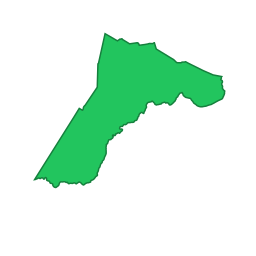 the district of Mangulile, Olancho, Honduras, rotated 210°
{"feature_id": "27666195B89076502999157", "entity_name": "Mangulile", "entity_type": "district", "adm_level": 2, "iso_a3": "HND", "parent_name": "Honduras", "parent_adm1": "Olancho", "projection": "albers", "projection_center": [-86.874, 15.136], "detail": "fine", "context": "isolated", "style": "filled", "palette": "green", "viewbox_px": 256, "rotation_deg": 210, "n_neighbors": 0, "source": "geoboundaries", "source_scale": "gbopen_adm2", "svg_char_len": 5765}
<svg xmlns="http://www.w3.org/2000/svg" viewBox="0 0 256 256"><g transform="rotate(210 128 128)"><path d="M62.7,208.4L64.3,208.7L66.1,209.6L66.7,210.9L66.9,211.3L67.3,211.7L68.1,212.1L69.0,213.2L69.0,213.3L69.1,213.7L69.1,214.8L69.2,215.1L69.3,215.3L69.7,215.7L70.2,216.1L71.7,216.2L71.8,216.3L72.0,216.6L72.0,217.3L72.1,217.9L72.2,218.1L72.7,218.8L72.6,219.4L80.9,216.5L91.7,215.3L105.8,214.4L109.6,214.2L111.2,214.2L111.9,213.5L112.5,213.1L113.0,212.8L114.1,212.1L114.3,211.9L114.6,211.1L115.4,210.6L117.4,209.5L118.2,209.1L118.6,209.0L122.4,210.0L143.0,210.5L147.8,215.0L148.0,214.9L148.2,214.5L148.4,214.0L148.8,213.5L149.1,213.3L150.8,212.4L151.5,212.0L151.7,211.9L152.4,211.2L152.5,211.1L152.6,210.9L155.2,208.7L159.6,205.3L159.9,205.4L160.4,206.1L160.6,206.1L160.8,206.1L161.0,206.2L161.5,206.6L161.8,206.6L162.0,206.4L162.5,206.5L162.7,206.4L168.7,201.7L177.0,201.9L177.5,202.2L177.8,202.2L178.2,202.0L178.4,201.7L178.9,201.1L179.0,201.0L179.4,201.0L180.7,198.2L195.0,198.2L185.9,169.3L186.1,168.5L175.0,147.9L176.5,125.9L176.7,125.7L176.9,124.6L176.9,123.9L176.8,123.4L176.2,121.7L176.2,121.0L176.4,120.6L180.0,120.6L180.3,109.9L183.1,36.6L182.6,37.0L182.3,37.3L181.8,38.1L181.1,38.9L181.0,39.0L180.9,39.4L180.6,39.8L180.4,40.0L180.1,40.1L179.1,40.2L178.8,40.3L178.6,40.5L178.4,40.9L178.2,41.3L178.0,41.6L177.7,41.8L177.2,42.0L176.7,42.1L176.1,41.9L175.8,41.7L175.6,41.6L175.4,41.6L175.2,41.7L175.0,42.0L174.9,42.3L175.0,43.2L175.0,43.4L174.8,43.8L174.4,43.9L173.8,43.9L173.6,43.8L173.4,43.7L173.2,43.4L172.5,42.4L172.3,42.2L172.1,42.1L171.7,42.1L171.1,42.2L170.8,42.2L170.0,42.5L169.7,42.5L169.1,42.3L168.4,41.8L168.0,41.5L167.7,41.4L167.2,41.5L165.9,41.9L165.5,41.9L165.3,41.8L165.1,41.7L164.7,41.2L164.2,40.6L163.1,40.1L162.6,40.0L162.1,40.0L161.5,40.1L160.9,40.3L160.7,40.5L160.5,40.8L160.0,42.0L159.5,43.1L159.4,43.4L159.4,43.7L159.4,44.1L159.8,45.9L159.8,46.5L159.7,46.9L159.6,47.3L159.5,47.6L159.3,47.8L159.0,48.0L158.6,48.1L158.1,48.3L157.1,49.1L156.0,49.8L155.3,50.0L154.6,49.9L154.3,49.9L154.1,50.1L153.6,50.6L152.9,50.5L152.3,50.2L151.9,50.1L151.6,50.1L151.4,50.2L151.0,50.5L150.5,51.1L150.3,51.3L149.8,51.6L148.6,52.1L148.3,52.3L147.4,53.4L146.9,53.7L146.7,53.8L145.4,53.7L145.1,53.8L144.8,53.9L144.6,54.4L143.6,56.4L143.3,56.8L143.0,56.9L142.5,57.0L141.8,57.0L141.2,56.9L140.1,56.5L138.6,56.3L138.3,56.3L138.1,56.4L137.8,56.7L137.0,58.7L136.3,59.7L135.7,60.3L135.0,60.7L133.6,62.2L133.4,62.5L133.8,63.6L133.8,63.8L133.8,64.0L133.7,64.2L133.2,64.7L132.6,65.5L132.4,65.8L132.1,66.5L131.9,67.1L131.8,67.7L131.6,69.7L131.4,70.3L130.9,71.2L130.9,71.5L130.9,71.9L132.1,73.4L132.2,74.3L132.2,75.3L132.3,76.0L132.4,76.4L132.9,77.8L133.1,78.3L133.1,78.8L132.9,79.7L132.9,80.2L133.4,82.1L133.6,83.5L133.6,83.8L133.3,84.3L133.2,84.9L133.2,85.3L133.5,86.0L133.6,86.4L133.6,86.8L133.2,88.0L133.2,89.0L133.6,90.4L133.8,91.5L133.8,92.0L133.8,92.6L134.0,94.0L134.2,94.9L134.4,95.4L134.9,96.2L135.5,97.3L136.2,98.2L136.6,99.2L137.1,99.8L137.5,100.5L137.6,100.8L137.9,101.8L138.5,102.7L138.5,102.9L138.4,103.1L138.0,104.2L138.0,104.6L138.3,105.6L138.4,106.3L138.7,107.7L138.7,108.1L138.5,108.4L138.0,108.7L137.4,109.2L137.1,109.4L137.0,109.7L137.1,110.0L136.7,110.7L136.3,111.7L136.3,111.9L136.3,112.2L136.6,113.2L136.9,113.3L137.3,113.3L137.5,113.5L137.6,114.0L137.5,114.4L137.4,114.5L137.2,114.6L136.2,114.6L135.7,114.8L135.5,115.0L135.4,115.3L135.4,115.7L135.4,115.9L135.7,116.3L135.7,116.6L135.1,117.2L134.3,118.8L134.1,119.0L133.8,119.1L132.9,119.1L132.7,119.3L132.6,119.5L132.3,121.1L132.1,121.7L131.8,122.3L131.7,122.7L131.7,123.0L131.9,123.6L132.1,123.9L132.4,124.0L132.8,124.0L133.2,123.8L133.8,123.3L134.0,123.2L134.5,123.1L134.8,123.2L135.1,123.5L135.3,124.1L135.4,124.7L135.4,125.1L135.3,125.3L135.2,125.5L134.6,126.0L133.6,126.7L133.6,127.0L133.5,127.9L133.4,128.8L132.7,129.2L132.1,129.5L131.8,129.7L131.6,130.0L131.1,131.0L131.0,132.0L130.9,132.3L130.4,132.7L129.8,133.1L128.6,133.9L127.5,134.9L127.3,135.0L126.9,135.1L126.6,135.3L126.2,135.7L125.9,136.1L125.8,136.5L125.8,137.6L125.7,137.7L125.5,138.0L125.0,138.4L124.7,138.8L124.5,139.0L124.4,139.3L124.4,139.6L124.5,140.2L124.5,141.0L124.9,142.3L124.6,143.6L125.1,145.1L125.1,146.0L124.7,147.2L124.3,148.1L124.2,148.2L124.1,148.3L123.7,148.4L123.0,148.4L122.0,148.3L121.8,148.4L121.7,148.5L121.7,148.9L121.9,149.4L122.0,149.7L122.0,151.4L122.1,152.2L122.3,152.9L122.4,153.3L122.4,153.8L122.3,154.6L122.3,155.0L122.5,155.5L123.4,156.4L123.6,156.8L123.7,157.2L123.8,158.5L123.6,159.6L123.5,159.9L123.1,160.5L122.7,160.8L122.3,161.2L121.1,162.2L120.9,162.5L120.7,163.2L120.6,163.3L120.0,163.4L119.4,163.2L118.0,162.9L117.3,162.6L116.6,162.1L116.4,162.0L115.0,162.1L114.2,162.9L113.1,163.7L112.3,164.6L111.4,165.3L111.2,165.7L111.1,166.0L111.1,166.5L111.0,166.8L109.9,167.9L109.5,168.4L109.1,168.7L108.7,168.7L108.1,168.5L107.8,168.5L107.6,168.6L107.0,169.4L106.8,169.5L106.6,169.6L105.1,169.5L103.9,168.8L103.4,168.8L103.1,168.9L102.5,169.6L102.1,170.2L101.8,171.3L101.6,171.9L101.3,172.6L101.1,173.9L100.7,175.1L100.9,176.0L100.8,176.8L101.2,177.7L101.2,178.1L101.1,178.7L100.7,179.6L100.6,179.9L100.6,180.3L100.8,181.4L100.7,182.0L100.6,182.7L100.5,183.9L100.4,184.2L100.2,184.4L100.0,184.6L99.6,184.8L99.4,185.1L99.2,185.5L98.8,185.7L98.5,185.5L97.4,184.8L96.4,183.9L96.0,183.7L95.2,183.7L94.6,183.5L93.7,183.4L93.3,183.4L90.3,184.3L89.2,184.7L88.7,184.8L88.3,184.7L86.9,183.9L85.8,183.6L85.1,183.4L84.0,182.7L83.6,182.5L82.9,182.4L81.1,182.3L80.5,182.2L79.9,182.0L79.0,181.9L77.1,182.2L75.9,182.6L74.2,183.6L72.6,185.0L71.4,185.9L69.7,188.0L68.1,189.6L67.5,190.2L67.1,191.0L65.9,192.8L65.5,193.6L63.6,196.7L62.4,198.4L61.3,199.9L61.1,200.3L61.0,200.6L61.0,201.4L61.2,202.8L61.2,203.6L61.4,204.8L61.6,206.0L62.3,207.2L62.7,208.4Z" fill="#22c55e" stroke="#15803d" stroke-width="1.5"/></g></svg>